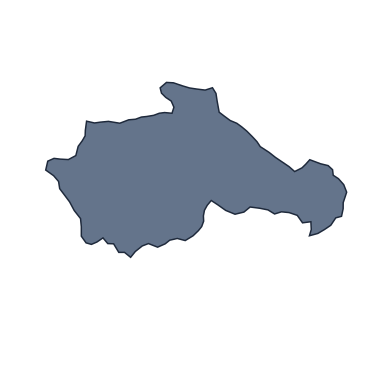 the district of São Sebastião do Rio Verde, Minas Gerais, Brazil, rotated 129°
{"feature_id": "56859067B74090736562725", "entity_name": "São Sebastião do Rio Verde", "entity_type": "district", "adm_level": 2, "iso_a3": "BRA", "parent_name": "Brazil", "parent_adm1": "Minas Gerais", "projection": "mercator", "projection_center": [-45.029, -22.211], "detail": "fine", "context": "isolated", "style": "filled", "palette": "slate", "viewbox_px": 384, "rotation_deg": 129, "n_neighbors": 0, "source": "geoboundaries", "source_scale": "gbopen_adm2", "svg_char_len": 1571}
<svg xmlns="http://www.w3.org/2000/svg" viewBox="0 0 384 384"><g transform="rotate(129 192 192)"><path d="M111.5,125.1L111.2,132.6L112.0,141.9L112.6,148.9L112.7,157.0L113.8,167.5L112.0,173.2L111.0,180.2L110.2,187.8L110.1,194.0L110.4,200.4L112.4,207.3L112.7,214.2L112.9,221.1L105.6,229.6L100.3,235.4L98.1,241.7L104.5,245.9L109.0,253.1L112.7,259.4L115.7,266.7L118.8,275.1L122.9,280.8L131.1,282.3L134.4,277.9L135.0,271.9L134.4,265.4L137.5,259.4L143.4,257.1L147.5,263.3L151.4,267.0L156.5,270.0L161.9,274.8L165.6,278.5L171.0,281.7L175.7,286.6L184.0,291.4L189.7,301.4L195.2,307.0L199.7,311.2L203.3,318.5L211.2,313.7L215.6,310.4L221.4,309.5L228.1,309.2L236.8,305.2L244.6,308.5L249.3,315.0L252.7,320.4L258.8,323.5L267.0,319.5L266.4,309.8L267.8,302.3L272.7,296.9L274.5,289.6L276.7,280.9L280.5,271.9L282.8,261.9L288.7,256.1L296.0,250.2L298.2,242.3L296.0,237.2L290.7,234.4L283.7,232.3L285.1,225.0L281.6,220.3L285.0,210.9L281.4,206.5L281.4,198.6L273.9,198.6L265.2,196.7L259.5,193.4L256.5,184.0L249.1,180.2L243.5,179.0L237.4,174.2L234.0,166.7L225.3,163.6L218.1,162.7L212.8,162.7L207.3,164.6L203.4,168.1L198.4,170.8L192.7,171.8L186.5,171.7L185.7,163.6L185.1,154.2L182.2,144.6L174.9,139.0L167.1,137.4L162.1,129.3L158.1,121.7L157.1,114.0L151.1,110.0L146.9,103.6L143.9,95.5L146.4,86.7L140.3,80.9L146.1,75.7L152.1,73.2L145.0,68.1L138.0,65.5L130.5,63.2L121.6,64.0L116.8,60.5L109.9,64.0L105.1,67.8L100.3,69.6L94.8,71.7L90.8,78.7L89.5,86.5L90.1,92.8L86.2,96.8L85.8,102.8L89.2,110.0L92.8,120.8L98.9,121.1L104.0,121.7L111.5,125.1Z" fill="#64748b" stroke="#1e293b" stroke-width="1.5"/></g></svg>